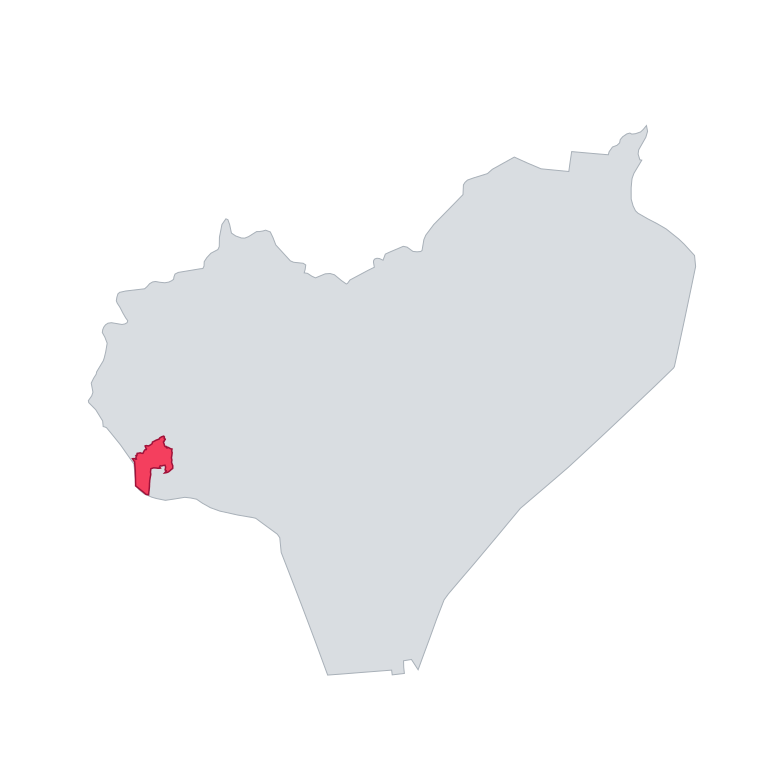 Sinjar, Ninawa, Iraq (highlighted), rotated 279°
{"feature_id": "34846034B46284853096134", "entity_name": "Sinjar", "entity_type": "district", "adm_level": 2, "iso_a3": "IRQ", "parent_name": "Iraq", "parent_adm1": "Ninawa", "projection": "albers", "projection_center": [41.933, 36.336], "detail": "fine", "context": "in_parent", "style": "filled", "palette": "rose", "viewbox_px": 768, "rotation_deg": 279, "n_neighbors": 0, "source": "geoboundaries", "source_scale": "gbopen_adm2", "svg_char_len": 5988}
<svg xmlns="http://www.w3.org/2000/svg" viewBox="0 0 768 768"><g transform="rotate(279 384 384)"><path d="M298.0,113.3L303.5,111.9L313.5,103.3L319.4,95.3L321.3,94.6L326.6,97.2L330.4,97.8L339.1,94.7L344.3,96.3L348.7,98.2L351.1,98.3L363.0,103.1L365.9,103.6L372.0,104.1L381.0,104.2L386.7,100.9L390.8,97.7L393.7,97.7L396.5,98.4L398.9,99.7L400.9,101.9L401.9,105.2L401.8,115.9L402.8,118.7L404.4,120.7L406.4,121.0L408.8,118.6L413.1,115.1L418.3,111.3L422.1,107.9L424.3,106.6L427.9,106.6L431.4,107.1L433.3,108.7L433.4,109.2L435.4,114.2L440.6,132.7L443.3,134.9L446.4,136.8L448.6,139.5L449.5,142.3L449.4,146.6L449.7,151.7L451.0,155.5L452.9,158.3L454.5,159.8L457.0,159.8L459.9,160.4L462.0,163.3L469.0,184.3L469.7,187.0L472.3,187.8L476.7,187.3L481.2,189.3L486.1,192.6L490.8,198.9L493.9,199.8L503.3,198.5L516.2,199.0L522.4,202.0L521.9,204.1L517.3,206.6L509.2,209.7L507.0,214.4L505.9,220.3L506.3,223.7L508.4,227.2L514.6,234.3L515.0,236.9L516.2,240.5L517.4,243.0L516.4,247.9L511.3,251.4L504.4,255.4L491.0,272.2L490.1,275.7L490.6,285.3L489.3,288.1L484.8,288.2L481.3,287.8L481.3,291.2L479.2,295.8L478.1,299.7L483.6,308.7L484.7,313.5L484.1,318.0L479.5,325.8L476.9,331.1L477.6,332.2L481.4,334.1L493.8,350.5L497.8,356.2L502.8,354.5L504.6,354.5L506.1,355.4L507.1,357.4L507.2,359.9L506.1,363.7L512.5,365.0L515.0,368.7L523.0,381.5L522.8,385.4L519.5,391.8L519.7,395.9L520.6,399.5L521.8,400.7L532.8,400.8L537.6,402.0L549.3,408.2L562.8,417.8L573.9,425.7L583.4,432.4L593.1,431.3L595.9,432.5L598.5,434.6L601.6,440.3L608.0,453.3L613.0,457.4L621.0,467.6L628.5,477.2L624.7,491.0L621.1,505.4L622.2,523.5L622.8,533.3L632.3,533.1L642.9,533.0L643.7,544.6L644.5,556.3L645.5,569.7L648.6,570.0L653.8,572.6L656.2,576.8L659.0,579.0L662.3,579.1L665.6,581.1L669.0,584.7L670.3,587.6L669.6,589.6L670.5,593.1L673.1,598.0L675.9,600.2L680.3,602.8L674.8,604.8L668.6,604.0L655.1,598.9L650.9,599.0L645.5,601.6L645.4,603.6L631.2,597.9L626.1,596.9L624.4,596.9L616.5,597.4L605.3,599.2L598.8,602.2L594.4,605.3L592.4,608.2L591.8,609.8L588.6,618.1L585.0,628.9L581.2,638.6L573.4,652.3L569.0,658.7L559.5,670.6L548.8,673.4L523.4,672.2L495.4,670.8L467.5,669.3L446.7,668.1L445.1,667.5L424.2,651.8L407.8,639.2L387.4,623.5L366.6,607.4L345.7,591.0L330.5,579.0L312.2,563.5L295.7,549.4L282.6,538.2L266.0,528.3L253.0,520.6L234.2,509.3L219.2,500.3L206.4,492.4L186.7,480.4L180.2,477.1L159.8,472.7L140.4,469.0L120.4,465.0L107.1,462.4L116.2,454.2L113.7,446.6L107.2,447.8L101.3,449.4L98.0,437.6L102.6,436.3L98.9,420.8L95.1,404.9L91.4,389.6L87.7,373.9L104.7,364.4L117.4,357.3L135.0,347.3L152.0,337.6L168.1,328.3L185.8,318.0L201.6,308.8L215.9,305.1L219.0,302.1L225.6,289.3L231.3,278.3L231.5,275.7L231.7,260.0L232.8,241.7L234.7,231.8L237.9,223.2L240.9,216.9L241.2,210.9L240.9,204.9L237.9,195.8L234.9,186.3L235.3,177.1L235.9,172.2L237.9,164.4L241.2,158.7L244.8,155.2L258.0,151.6L265.9,149.5L276.4,139.3L282.6,133.3L291.2,123.8L297.5,116.7L298.0,114.3L298.0,113.3Z" fill="#d9dde1" stroke="#a8b0b8" stroke-width="1"/><path d="M286.6,184.8L286.6,184.2L286.8,183.2L287.0,182.3L287.4,181.5L287.6,180.8L287.7,180.3L287.3,180.2L287.0,180.0L286.9,179.7L287.0,179.2L287.6,178.9L288.0,178.9L288.3,178.4L288.0,178.0L288.0,177.6L288.3,177.2L288.9,176.8L289.4,176.6L289.9,176.4L290.5,176.1L290.9,175.9L291.3,175.6L291.8,175.4L292.3,175.2L292.7,175.4L293.0,175.8L293.5,175.8L293.8,175.8L294.2,176.0L294.5,176.4L294.9,176.6L295.3,176.6L295.5,176.2L295.8,175.9L295.8,175.5L296.0,175.4L296.4,175.3L296.9,175.4L297.3,175.4L297.7,175.0L297.8,174.6L298.0,174.5L297.7,173.9L297.6,173.7L297.3,173.0L296.9,172.4L296.4,171.8L296.2,171.6L296.0,171.3L295.9,171.2L295.6,170.9L294.3,170.4L294.1,169.8L293.8,169.4L293.4,168.6L293.1,168.1L292.8,167.6L292.6,167.3L291.6,166.1L290.9,165.0L290.5,164.6L290.4,164.4L289.9,164.4L289.0,164.3L288.6,164.2L288.0,163.5L287.3,162.9L286.7,162.1L286.3,161.5L286.2,161.4L286.0,161.0L286.0,160.7L286.0,159.9L285.9,159.3L286.0,158.8L285.8,158.5L285.6,157.8L285.3,157.8L284.8,158.0L283.8,158.7L282.9,159.3L282.8,159.5L282.1,159.5L282.0,158.8L281.8,158.4L281.6,158.2L281.3,158.1L281.0,157.9L280.5,157.6L279.5,157.3L279.1,157.1L278.2,156.9L277.8,156.7L277.7,156.3L277.7,155.7L277.7,155.2L277.7,154.8L277.9,154.1L277.7,153.8L277.6,153.1L277.4,152.8L277.3,152.6L277.2,152.1L277.1,151.6L276.9,151.3L276.8,151.0L276.1,151.1L275.6,151.2L275.3,150.9L274.9,150.5L274.4,150.2L274.3,150.7L274.3,150.9L273.7,150.7L273.0,150.6L272.6,150.5L272.3,150.5L272.0,150.8L271.7,150.8L271.1,151.2L270.9,150.9L270.7,150.6L270.9,150.4L271.2,150.1L271.3,150.0L271.3,149.7L271.2,148.7L270.9,147.3L268.9,149.0L268.3,149.8L264.0,150.8L262.9,151.1L259.5,151.9L255.5,152.6L250.7,153.5L247.8,154.0L246.4,154.3L244.5,154.6L241.8,159.3L241.0,160.7L239.6,163.2L237.7,166.3L237.8,167.9L237.7,168.8L238.7,168.8L239.0,168.7L239.6,168.7L240.8,168.6L241.9,168.6L242.5,168.6L243.2,168.5L244.1,168.5L245.3,168.4L245.9,168.4L246.2,168.3L247.2,168.2L248.0,168.1L248.7,168.0L249.5,167.9L250.1,167.9L251.2,167.8L252.0,167.7L252.7,167.7L253.7,167.7L254.6,167.7L255.6,167.7L257.2,167.8L258.1,167.8L259.0,167.6L259.9,167.3L260.6,167.1L260.9,167.1L261.2,167.1L261.7,167.1L263.1,167.0L263.9,167.0L264.3,167.9L264.7,168.7L265.1,169.5L265.3,169.9L265.2,170.4L265.3,171.1L265.4,172.1L265.4,173.5L265.5,174.5L265.7,175.2L265.7,175.5L265.8,176.0L266.0,176.4L266.3,176.1L266.5,175.7L266.9,175.3L267.2,175.4L267.4,175.5L268.3,175.8L268.3,176.7L268.3,177.4L268.8,178.1L269.0,178.8L269.2,179.4L269.5,180.4L269.1,180.6L268.6,180.9L268.2,181.1L267.6,181.3L266.4,181.3L264.9,181.2L264.8,181.4L264.3,182.5L263.7,182.4L263.2,182.1L262.3,181.5L261.8,181.2L262.0,181.8L262.4,182.9L262.8,183.8L263.3,184.6L263.6,185.0L263.9,185.3L264.3,185.6L264.7,186.0L265.3,186.5L265.6,186.7L266.4,187.4L267.1,188.1L267.5,188.5L268.7,188.4L269.0,188.3L269.4,188.3L269.9,188.2L270.4,188.1L271.3,187.5L271.7,187.3L272.5,186.9L273.0,186.6L273.6,186.4L274.7,186.4L275.7,186.4L276.3,186.2L276.5,186.1L277.8,185.6L278.8,185.6L280.8,185.6L283.1,185.5L284.6,184.8L286.1,184.8L286.6,184.8Z" fill="#f43f5e" stroke="#9f1239" stroke-width="1.5"/></g></svg>